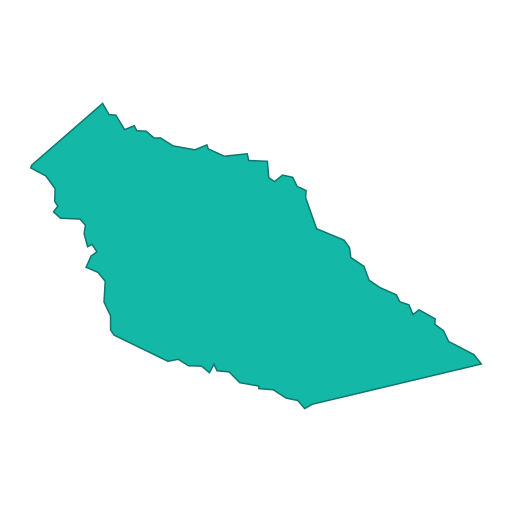 the district of Angelina, Texas, United States of America
{"feature_id": "52423323B89498799122377", "entity_name": "Angelina", "entity_type": "district", "adm_level": 2, "iso_a3": "USA", "parent_name": "United States of America", "parent_adm1": "Texas", "projection": "robinson", "projection_center": [-94.635, 31.277], "detail": "fine", "context": "isolated", "style": "filled", "palette": "teal", "viewbox_px": 512, "rotation_deg": 0, "n_neighbors": 0, "source": "geoboundaries", "source_scale": "gbopen_adm2", "svg_char_len": 1087}
<svg xmlns="http://www.w3.org/2000/svg" viewBox="0 0 512 512"><path d="M114.2,335.2L167.9,361.3L178.2,359.3L188.6,365.8L201.6,366.1L209.4,372.7L214.0,364.2L217.0,370.8L229.1,371.9L239.8,382.7L259.0,386.1L258.8,388.6L273.3,389.8L286.1,398.1L297.8,400.5L304.7,408.6L312.4,404.2L481.3,364.0L473.9,354.6L448.7,341.5L443.5,330.7L434.9,324.3L435.2,318.9L419.0,309.8L413.0,314.6L409.0,304.9L399.8,301.8L396.4,294.9L379.8,287.5L369.0,280.1L364.0,266.4L350.8,257.5L349.6,247.8L344.1,240.2L316.6,228.7L305.6,197.6L306.1,190.5L297.2,186.4L292.7,177.3L282.5,175.1L274.5,181.6L268.8,177.7L267.4,161.3L248.7,160.5L247.2,153.8L224.3,156.2L208.2,148.9L206.9,144.9L194.8,149.8L173.0,145.9L160.5,137.9L154.2,138.1L146.2,131.2L136.8,130.7L134.2,125.7L124.6,129.6L115.8,115.1L109.1,114.7L102.6,103.4L31.8,165.1L30.7,167.9L45.9,176.0L55.1,188.7L54.7,201.4L57.8,206.2L53.5,211.9L60.5,218.2L80.0,219.1L85.4,225.2L84.1,233.6L87.6,246.7L92.0,244.3L96.9,251.8L91.1,256.0L86.1,267.3L98.0,272.4L105.2,281.3L104.0,302.0L110.5,315.7L110.6,330.1L114.2,335.2Z" fill="#14b8a6" stroke="#0f766e" stroke-width="1.5"/></svg>